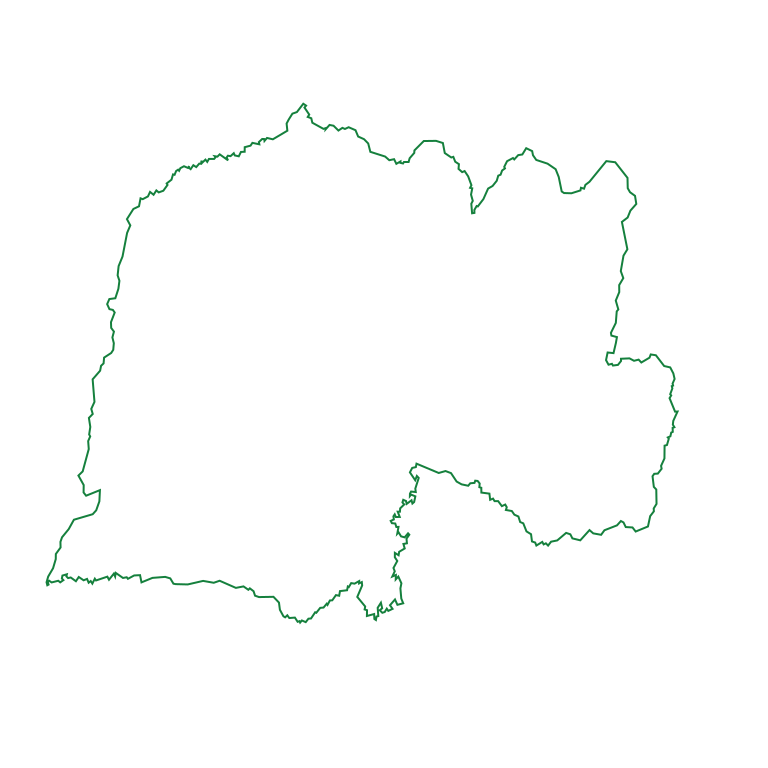 Si Thep, Phetchabun, Thailand, rotated 191°
{"feature_id": "78962969B52356787217870", "entity_name": "Si Thep", "entity_type": "district", "adm_level": 2, "iso_a3": "THA", "parent_name": "Thailand", "parent_adm1": "Phetchabun", "projection": "equal_earth", "projection_center": [101.094, 15.447], "detail": "fine", "context": "isolated", "style": "outline", "palette": "green", "viewbox_px": 768, "rotation_deg": 191, "n_neighbors": 0, "source": "geoboundaries", "source_scale": "gbopen_adm2", "svg_char_len": 6127}
<svg xmlns="http://www.w3.org/2000/svg" viewBox="0 0 768 768"><g transform="rotate(191 384 384)"><path d="M658.4,519.8L658.4,511.7L663.4,508.0L667.8,496.8L663.3,491.3L665.0,483.3L665.0,459.2L667.0,449.1L666.2,439.8L663.4,434.8L662.9,426.8L664.1,416.9L669.8,415.0L671.0,409.6L667.8,405.1L664.3,405.0L662.0,402.8L663.8,392.6L662.5,387.0L659.1,383.9L659.5,377.9L657.0,372.5L656.3,365.9L657.7,362.4L663.8,356.5L663.2,350.7L665.2,347.9L665.2,342.9L670.9,333.0L664.8,311.2L666.6,303.7L664.2,299.0L667.2,294.4L664.1,285.8L663.8,278.2L662.4,276.5L663.5,271.5L661.4,263.8L663.1,240.7L666.5,235.8L659.5,227.5L658.2,220.2L655.1,217.5L642.6,225.6L641.0,214.5L642.4,205.1L645.1,200.6L662.5,191.6L665.8,181.4L670.8,172.1L671.5,167.3L670.3,161.8L673.7,154.5L672.8,149.5L673.7,140.0L676.9,130.9L677.4,125.0L676.1,122.2L675.0,123.1L676.3,125.3L675.2,127.0L672.4,125.8L666.2,128.7L664.0,127.5L661.3,130.3L663.1,131.6L663.1,134.6L659.0,136.7L659.1,134.6L657.1,133.2L654.6,134.3L648.8,131.6L646.8,136.3L641.4,134.0L638.3,136.0L636.0,132.6L634.3,134.6L632.2,132.4L630.7,137.7L629.2,136.2L618.8,142.1L616.6,139.4L613.0,146.3L611.2,143.7L611.3,147.4L603.2,143.8L599.7,145.2L598.2,143.9L592.7,148.4L587.0,149.8L584.2,143.0L574.3,149.5L562.0,152.9L556.7,152.4L552.6,147.8L550.3,147.8L538.4,149.8L524.0,156.2L513.2,156.4L507.8,159.5L490.5,155.6L483.3,158.5L477.9,156.1L476.7,157.8L472.5,155.7L470.2,151.6L466.0,151.0L451.9,154.0L445.4,149.4L443.1,142.5L438.4,136.8L436.5,136.1L434.8,138.5L432.3,136.2L426.9,137.7L423.4,134.1L421.7,135.1L420.8,133.8L419.5,136.2L415.4,135.3L413.4,139.2L410.9,139.9L408.0,146.8L406.8,146.5L403.9,152.1L400.7,153.0L398.3,157.4L397.3,156.4L395.8,161.2L393.5,161.8L390.9,167.6L387.6,167.6L387.7,172.3L380.9,174.5L380.9,178.3L379.8,177.9L378.2,182.3L374.8,182.4L370.8,185.8L370.4,183.5L368.0,185.3L367.0,182.1L369.6,169.9L360.0,162.0L360.0,159.0L357.5,158.7L356.5,153.0L349.8,156.3L348.6,151.5L346.9,150.8L347.0,154.3L345.3,155.1L347.5,163.1L345.3,168.7L343.0,163.5L345.0,161.1L342.0,159.1L339.8,160.3L338.4,164.0L336.5,162.1L332.7,164.9L335.9,168.0L332.1,174.6L328.7,169.8L323.3,172.4L326.1,176.7L328.9,186.5L328.9,191.7L333.2,197.7L335.2,194.4L335.9,198.8L339.1,196.6L337.7,202.2L339.6,205.2L337.2,212.8L340.3,216.0L341.1,220.3L337.0,218.7L337.1,222.2L332.3,226.5L334.4,230.7L331.1,232.0L332.4,236.5L330.4,240.9L331.9,242.0L334.5,237.4L338.2,237.7L341.4,241.2L342.4,239.6L342.5,246.5L344.6,246.0L346.3,249.2L349.7,248.9L351.3,250.9L348.5,252.9L349.5,255.9L348.6,258.1L347.0,255.7L343.2,256.5L346.2,261.3L344.0,261.7L344.4,265.0L341.2,269.6L343.3,271.3L343.0,274.0L340.0,273.3L338.9,270.6L334.8,275.1L333.3,272.1L331.9,273.9L331.8,279.7L336.3,280.6L337.2,278.9L337.6,281.3L336.9,283.6L332.2,284.0L333.3,287.3L332.0,298.4L334.2,300.0L335.0,295.5L341.7,302.2L340.3,307.0L336.9,308.5L336.9,312.0L313.3,307.1L307.0,310.3L301.2,309.3L294.1,302.1L288.7,300.3L281.9,300.2L280.4,303.0L276.3,304.2L276.0,306.5L273.6,306.7L271.1,304.6L270.7,300.9L268.7,300.7L267.7,296.0L259.6,296.5L257.7,290.6L255.1,292.3L253.1,290.1L249.6,290.8L245.0,286.6L242.0,288.8L240.0,286.5L240.3,283.6L234.3,283.7L231.1,280.6L226.8,279.6L224.0,274.5L220.7,273.8L216.0,266.5L211.0,264.6L208.7,257.7L205.3,257.2L203.6,254.5L198.5,259.2L196.7,257.0L194.7,258.5L192.1,256.7L189.9,261.1L184.1,263.5L176.8,272.6L172.4,272.0L169.6,268.4L161.5,268.0L154.4,279.8L150.1,277.3L142.1,277.4L139.7,282.5L128.3,289.7L125.3,294.7L122.5,293.8L119.4,289.7L112.7,290.6L108.8,287.2L97.7,294.5L97.5,305.1L94.8,310.5L95.5,313.3L93.6,318.3L96.6,332.4L99.5,334.5L102.8,344.7L101.6,347.4L98.1,348.3L95.3,353.8L96.4,356.5L94.5,364.4L96.8,377.0L94.6,378.1L94.0,384.7L95.2,385.7L92.9,387.3L92.8,391.1L91.4,392.1L92.3,396.0L90.7,397.0L92.7,399.2L93.0,403.0L90.6,413.0L93.0,412.4L101.0,424.6L99.9,427.6L101.1,428.6L100.1,434.7L101.1,436.8L99.9,437.6L100.8,439.5L99.7,444.4L102.0,449.6L106.2,454.9L112.4,455.1L122.6,464.1L127.8,463.9L128.4,460.5L135.5,454.2L138.7,456.5L143.0,454.5L147.9,456.0L156.2,454.0L155.7,451.8L158.0,447.4L162.8,445.8L164.1,447.3L167.3,445.8L170.6,449.8L170.5,457.6L164.6,458.1L164.2,468.4L164.3,474.5L170.0,474.9L171.0,477.5L168.1,488.2L169.4,499.7L168.2,501.9L172.4,510.1L170.6,519.1L172.0,526.0L169.3,533.6L173.1,540.0L173.4,555.7L170.8,562.7L181.4,588.5L176.6,593.9L175.2,601.2L170.7,608.9L173.5,616.6L179.1,619.2L182.1,622.7L184.3,632.8L199.3,645.8L208.3,645.2L220.9,621.7L224.3,617.9L224.9,613.9L228.1,614.2L228.1,611.5L236.4,607.0L243.7,605.8L246.3,606.9L252.0,620.6L256.5,627.6L265.5,631.5L277.3,633.0L281.4,637.0L283.0,640.9L289.4,642.6L292.0,635.7L295.9,634.3L299.0,629.3L300.5,630.4L305.7,626.2L307.4,620.1L306.4,618.7L308.8,616.1L309.5,611.7L311.6,610.3L312.1,605.0L315.2,599.1L319.1,595.7L321.7,584.5L325.8,576.2L327.0,576.4L328.5,572.1L327.9,569.2L330.1,568.4L332.7,577.6L331.8,580.7L334.7,586.5L334.7,592.9L336.9,593.0L336.1,595.8L341.0,603.9L345.5,608.4L347.7,606.9L351.9,609.4L352.4,614.1L356.5,615.8L359.3,620.2L361.2,619.2L368.4,622.3L372.2,631.8L379.3,632.6L391.3,630.1L398.7,619.1L398.4,616.6L401.9,610.5L402.2,606.6L406.8,605.7L407.4,604.1L410.1,604.2L410.3,605.6L413.9,602.5L417.0,606.6L421.5,604.7L426.3,607.5L441.7,609.3L445.4,617.1L450.3,620.5L456.6,622.0L460.4,627.7L467.7,629.3L471.0,626.9L473.7,627.5L477.1,624.1L482.8,627.9L486.9,627.9L489.9,622.8L490.0,624.1L492.1,622.9L504.2,626.8L506.1,631.0L509.8,631.6L508.8,634.2L514.8,640.2L513.6,642.4L516.7,643.7L521.4,634.3L525.5,631.9L528.0,625.4L529.3,621.1L527.2,614.2L539.8,603.0L545.8,603.2L547.7,599.8L548.3,601.6L550.3,601.3L553.0,597.6L552.1,595.5L559.2,595.6L560.5,592.5L565.9,589.9L565.1,585.4L568.7,584.5L570.0,579.8L574.1,579.9L575.5,581.9L578.1,578.4L580.8,578.3L581.7,576.3L579.8,573.8L589.1,578.1L590.9,575.4L593.6,575.3L592.6,574.5L593.7,572.5L598.8,571.5L599.9,568.3L602.1,570.2L604.7,566.5L605.8,568.4L605.5,565.3L607.4,565.1L609.7,561.1L612.9,562.4L614.8,558.0L616.9,559.1L616.8,560.7L617.7,558.7L621.9,559.6L625.1,557.0L625.8,554.2L627.0,555.1L628.7,553.4L629.5,549.4L631.1,549.5L631.6,544.0L635.6,539.4L634.5,538.1L637.5,531.6L641.7,529.1L644.4,530.6L646.3,525.8L650.3,527.9L651.5,523.1L656.1,519.4L658.4,519.8Z" fill="none" stroke="#15803d" stroke-width="2"/></g></svg>